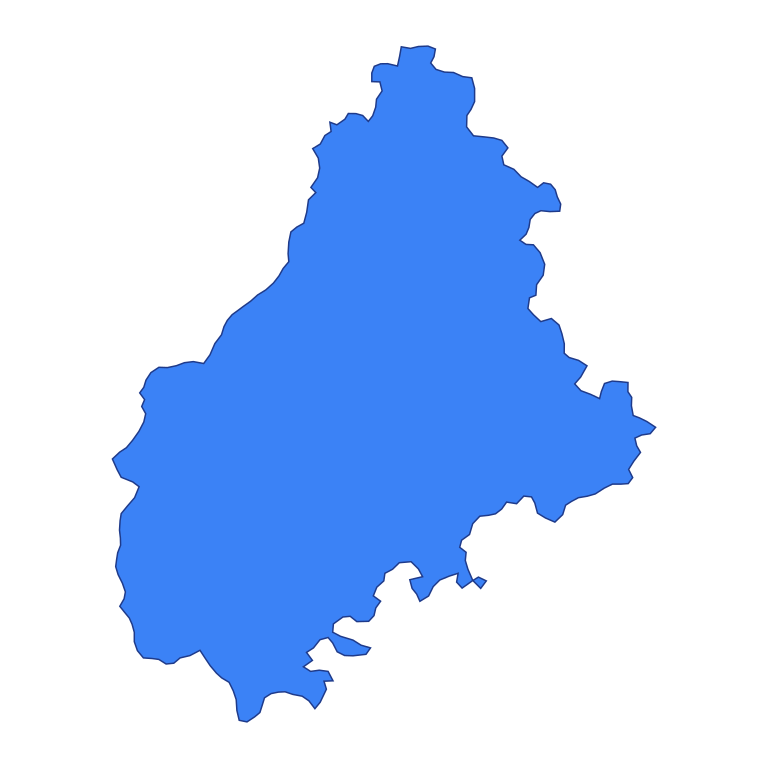 outline of São Vicente de Minas, Minas Gerais, Brazil
{"feature_id": "56859067B71918006401006", "entity_name": "São Vicente de Minas", "entity_type": "district", "adm_level": 2, "iso_a3": "BRA", "parent_name": "Brazil", "parent_adm1": "Minas Gerais", "projection": "orthographic", "projection_center": [-44.466, -21.658], "detail": "fine", "context": "isolated", "style": "filled", "palette": "blue", "viewbox_px": 768, "rotation_deg": 0, "n_neighbors": 0, "source": "geoboundaries", "source_scale": "gbopen_adm2", "svg_char_len": 3650}
<svg xmlns="http://www.w3.org/2000/svg" viewBox="0 0 768 768"><path d="M472.8,580.5L467.9,569.2L465.3,560.5L466.1,552.3L459.7,547.3L461.6,540.2L469.5,534.5L472.7,523.7L479.8,516.2L488.5,515.3L495.5,513.8L501.7,509.0L506.6,502.1L516.6,503.7L523.8,496.1L531.5,496.9L534.8,503.0L537.5,513.1L545.5,518.0L554.9,522.1L562.7,514.6L565.6,505.2L571.5,501.4L578.4,497.7L587.3,496.2L595.3,493.9L604.1,488.2L612.4,484.1L621.1,484.1L628.2,483.6L632.7,477.6L628.6,469.4L633.8,461.2L640.5,452.4L636.7,445.8L634.9,438.1L641.6,435.0L650.2,433.7L655.6,427.3L646.8,421.5L639.5,417.9L633.2,415.5L631.4,405.8L631.7,397.4L627.9,391.7L628.0,382.5L619.2,381.6L612.2,381.1L604.5,383.5L601.3,391.7L599.6,398.6L590.5,394.3L580.9,390.7L574.7,383.9L580.7,377.0L587.0,365.8L578.6,360.4L569.1,357.5L564.2,353.2L564.3,343.8L561.9,333.7L559.0,325.0L551.4,318.5L540.8,321.6L533.3,314.6L527.9,308.5L529.5,297.8L535.9,295.2L536.6,284.7L543.2,275.2L544.7,264.3L540.1,252.7L533.4,244.8L526.0,244.4L519.8,240.2L526.1,234.2L528.9,227.5L530.2,219.4L534.9,213.5L540.9,210.7L549.9,211.6L559.7,211.2L560.7,204.1L557.3,196.9L555.2,189.7L550.6,184.2L543.6,182.8L537.6,187.4L529.3,181.5L521.1,176.8L513.9,169.3L503.8,164.8L501.9,156.1L507.9,147.9L501.9,140.4L493.8,138.0L485.2,137.0L473.5,135.8L466.6,126.9L466.9,115.5L471.0,109.4L474.6,101.6L474.6,88.4L471.8,77.8L462.7,76.6L453.5,72.5L444.5,72.1L436.0,69.4L430.7,63.0L434.0,56.7L435.4,49.0L428.0,46.1L418.4,46.5L410.5,48.4L401.3,46.8L399.6,56.4L397.5,66.0L387.7,63.7L380.7,63.8L374.3,66.3L371.8,73.0L371.8,81.6L379.9,81.9L382.1,90.9L376.5,99.2L375.7,107.2L372.7,115.8L368.3,121.4L362.7,115.5L355.9,113.6L348.3,113.5L344.9,119.2L336.9,124.8L329.9,122.2L331.1,131.5L324.9,135.5L320.3,144.0L312.7,148.6L318.3,158.1L319.7,168.1L317.6,177.7L310.9,187.4L315.8,192.6L308.5,199.8L306.7,212.3L303.8,223.2L296.9,227.0L290.9,231.9L288.8,242.1L288.1,253.7L288.8,261.7L283.2,268.4L279.0,275.9L273.4,283.1L265.8,289.9L257.7,294.9L250.6,301.2L243.2,306.5L237.6,310.7L232.2,314.6L227.3,320.4L224.0,326.6L221.5,334.8L214.9,343.5L210.0,354.8L203.7,363.5L193.3,361.6L184.4,362.7L176.4,365.7L167.4,367.6L158.9,367.3L150.9,372.6L146.0,380.1L143.8,387.3L139.7,392.9L144.6,399.6L141.7,406.5L145.7,413.7L143.8,422.0L138.9,431.4L132.6,440.3L126.4,447.7L119.7,452.1L112.4,459.0L117.2,469.8L121.2,477.3L132.7,481.9L139.1,486.7L134.6,497.7L127.2,506.3L121.2,513.6L120.1,520.7L119.5,530.1L120.4,538.0L120.6,545.2L117.7,552.7L116.6,559.6L115.7,566.6L118.1,574.6L122.4,583.2L125.4,591.9L124.1,598.8L119.8,606.3L124.2,611.8L129.3,618.0L132.1,624.3L134.3,632.3L134.3,641.7L137.4,650.6L143.4,657.9L152.0,658.5L158.8,659.4L166.1,664.0L173.8,663.2L180.1,657.9L189.9,655.6L200.0,650.3L204.9,657.8L210.2,665.7L216.5,673.2L221.7,677.9L229.1,682.3L233.3,690.9L236.2,699.6L236.9,710.5L239.2,720.3L247.0,721.9L254.6,716.9L259.9,712.5L262.1,705.6L264.5,697.8L271.1,693.6L278.4,692.1L285.1,691.8L292.8,694.4L302.2,696.2L308.9,700.8L314.9,708.7L320.2,702.2L326.4,689.2L324.0,681.2L333.0,680.8L328.1,671.4L319.3,670.2L310.6,671.4L303.4,666.8L312.4,660.4L306.5,652.4L313.5,647.9L320.0,639.7L328.1,637.5L332.7,643.0L337.2,651.8L344.6,655.5L353.0,655.8L366.0,654.3L370.5,647.9L361.1,645.2L353.0,640.1L340.5,636.3L332.7,632.2L333.4,623.9L342.9,617.0L350.2,616.3L356.8,621.6L368.7,621.3L374.0,615.6L375.8,607.9L380.6,601.2L373.3,595.9L376.8,587.2L383.8,580.9L384.9,573.3L392.6,569.2L399.3,562.7L411.1,561.7L418.4,568.9L422.6,576.7L409.8,579.7L412.1,588.4L416.7,594.1L419.9,601.3L428.6,596.0L433.2,586.6L439.8,580.0L449.3,576.1L458.1,573.3L456.6,582.1L462.1,588.1L472.8,580.5ZM472.8,580.5L480.7,588.4L486.3,580.9L478.4,577.1L472.8,580.5Z" fill="#3b82f6" stroke="#1e3a8a" stroke-width="1.5"/></svg>